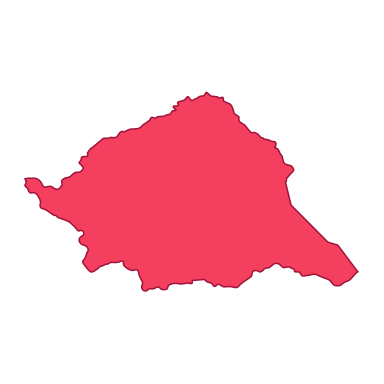 San Francisco, Lempira, Honduras (Robinson projection), rotated 91°
{"feature_id": "27666195B39491664088355", "entity_name": "San Francisco", "entity_type": "district", "adm_level": 2, "iso_a3": "HND", "parent_name": "Honduras", "parent_adm1": "Lempira", "projection": "robinson", "projection_center": [-88.368, 14.131], "detail": "fine", "context": "isolated", "style": "filled", "palette": "rose", "viewbox_px": 384, "rotation_deg": 91, "n_neighbors": 0, "source": "geoboundaries", "source_scale": "gbopen_adm2", "svg_char_len": 6088}
<svg xmlns="http://www.w3.org/2000/svg" viewBox="0 0 384 384"><g transform="rotate(91 192 192)"><path d="M190.6,357.1L191.8,356.3L194.1,355.3L195.3,354.3L195.6,353.6L195.8,352.8L195.4,350.6L195.7,349.1L196.4,347.9L198.1,346.3L200.7,344.7L203.1,343.6L205.4,343.3L207.9,343.7L208.7,343.7L209.7,343.3L210.6,342.6L211.3,341.1L211.8,339.1L212.3,337.9L217.7,329.7L217.8,329.3L217.8,328.2L218.1,327.4L218.5,326.8L219.5,326.1L220.0,325.4L221.8,319.7L223.3,315.7L224.1,314.2L224.6,313.4L228.3,309.2L231.6,306.4L232.7,305.2L232.9,304.6L232.9,304.0L232.4,302.9L232.3,302.1L232.7,300.9L233.5,300.1L234.1,299.7L234.9,299.5L235.6,299.4L236.4,299.7L237.5,300.4L238.6,302.3L239.7,303.3L241.2,304.0L242.8,304.0L244.4,303.3L245.6,302.2L246.6,300.7L247.3,298.3L247.9,297.1L248.9,295.9L250.4,295.0L251.5,294.8L252.6,294.8L254.4,296.0L256.8,296.6L259.4,297.6L261.1,298.5L262.8,299.9L263.8,300.1L264.8,299.8L267.4,297.8L270.2,295.6L273.0,292.9L273.5,292.2L273.7,291.4L273.7,290.6L273.4,289.8L272.5,287.9L271.1,285.8L270.2,284.7L268.5,283.3L268.1,282.7L267.5,280.3L266.0,277.5L265.3,274.5L263.9,272.2L263.7,270.9L263.9,268.2L263.8,265.9L263.4,264.1L262.4,261.8L262.3,261.0L262.4,260.2L262.7,259.6L263.2,259.3L265.1,259.4L266.5,258.9L268.2,257.3L269.7,255.2L270.9,252.8L271.4,251.1L271.5,250.1L271.4,249.1L270.7,247.2L270.6,246.6L270.8,245.6L271.4,244.9L273.0,244.1L275.5,243.5L277.3,242.9L282.0,240.4L283.3,239.9L284.9,239.9L286.5,240.5L287.4,240.7L289.0,240.5L290.0,240.0L290.8,239.3L291.4,238.5L291.7,237.6L291.8,236.6L291.5,235.6L291.1,234.9L290.0,233.8L289.6,232.9L289.4,232.0L289.6,230.0L289.5,228.9L289.1,227.9L288.1,226.2L287.7,224.8L287.7,223.9L288.0,223.0L288.5,222.4L289.5,221.4L290.0,220.2L290.2,218.7L290.0,216.9L289.7,215.9L289.0,215.0L288.3,214.7L286.8,214.4L285.8,213.7L284.8,212.0L284.0,210.0L283.7,208.4L283.6,206.6L283.7,205.1L284.1,202.6L284.1,200.8L283.2,194.9L283.2,194.0L283.6,192.3L283.6,191.2L283.4,190.6L282.9,190.2L282.3,190.1L281.2,190.2L280.7,190.0L280.4,189.5L279.3,178.6L279.3,178.1L279.6,177.5L280.8,176.4L281.6,175.2L282.0,174.1L282.5,171.9L283.0,170.8L283.7,170.1L285.2,169.1L285.6,168.6L285.9,167.9L285.9,167.4L285.8,166.8L285.5,166.4L284.3,165.5L284.0,164.8L283.9,164.1L284.1,163.1L284.3,162.3L285.7,160.2L286.2,158.8L286.2,157.7L285.9,152.2L286.2,150.0L286.8,147.3L286.7,145.8L286.4,144.9L285.9,144.1L283.3,141.8L281.7,139.9L280.0,137.6L277.5,133.9L275.8,131.8L275.1,131.2L274.1,130.7L272.2,130.5L271.3,130.2L270.5,129.7L269.8,128.9L269.4,127.8L269.4,126.4L269.8,124.7L270.4,124.0L270.7,123.2L270.7,122.7L270.6,122.1L270.2,121.1L269.6,120.2L269.0,119.5L267.9,118.7L267.5,118.2L266.6,115.9L266.4,114.1L266.2,113.5L265.0,111.8L262.8,109.3L262.2,108.2L261.9,107.2L262.0,105.5L262.4,103.8L265.4,100.3L266.0,99.2L266.0,98.5L265.3,95.2L265.2,94.2L265.6,92.7L266.6,91.0L267.0,89.4L267.4,88.8L268.3,88.2L268.8,88.1L269.5,88.2L269.8,88.0L270.1,86.9L270.0,84.7L270.3,83.3L270.8,82.7L273.6,80.9L273.9,80.4L274.0,79.0L273.2,73.4L272.4,70.6L272.0,68.1L272.2,66.9L275.6,58.5L276.7,55.2L277.6,53.2L278.0,52.7L282.0,49.1L283.0,47.5L283.3,45.8L283.2,43.9L282.6,41.9L279.1,37.2L278.5,35.1L277.3,33.0L276.5,32.0L270.1,26.5L269.2,25.5L268.9,24.8L242.6,45.3L239.8,55.2L203.4,92.7L180.6,98.7L179.7,97.9L178.0,97.9L176.7,97.4L174.5,95.8L169.3,91.1L168.4,90.7L167.5,90.8L165.8,91.7L164.4,93.0L163.9,94.0L162.5,99.1L162.1,99.9L161.7,100.3L159.5,101.3L154.4,102.6L151.6,104.9L150.3,105.2L149.5,105.6L148.5,106.7L148.2,106.9L147.7,106.8L147.3,107.2L146.1,110.1L144.5,109.2L143.0,108.9L142.0,108.9L140.6,109.6L140.4,110.0L140.2,110.7L140.0,112.7L139.8,113.8L138.3,117.2L138.1,118.4L138.2,119.5L138.1,120.2L137.7,120.9L136.7,122.2L136.2,124.0L135.9,124.6L133.7,126.4L132.9,127.4L132.3,128.4L131.4,130.6L131.6,133.6L131.3,134.3L128.2,137.1L124.4,140.2L123.4,141.7L121.6,144.7L120.8,145.6L120.2,146.0L119.4,146.3L118.4,146.4L116.9,146.3L116.0,146.5L115.7,146.7L113.6,150.0L112.6,151.2L111.6,151.6L110.1,151.9L107.8,152.7L105.9,153.5L104.9,154.2L103.8,155.0L103.3,155.7L101.1,160.9L100.7,161.6L99.7,162.2L97.8,162.3L96.9,162.8L96.7,163.3L97.4,165.5L97.5,166.5L96.3,168.7L95.9,174.0L95.4,175.1L92.7,178.3L92.2,179.3L92.2,179.6L92.5,179.9L94.6,181.0L95.6,182.0L96.1,184.7L96.1,185.3L96.2,185.7L97.0,187.1L98.1,188.5L99.3,191.5L100.1,192.2L100.5,193.0L100.5,193.7L100.2,194.4L99.2,195.4L97.0,197.2L96.7,197.7L96.9,198.2L97.3,198.7L99.5,200.5L100.2,201.2L100.9,203.0L101.8,206.3L102.4,207.6L102.9,207.9L103.3,208.0L104.3,207.4L105.2,207.2L105.6,207.4L106.0,207.7L106.3,208.9L106.3,211.4L106.6,212.0L107.2,212.2L108.2,211.8L109.4,210.5L109.8,209.7L110.2,209.5L110.6,209.8L110.9,210.5L111.1,211.3L111.1,212.3L111.4,213.1L112.0,213.6L114.3,214.9L114.7,215.7L115.6,219.4L116.4,220.7L116.8,221.5L116.9,222.8L117.0,225.4L117.3,227.4L117.9,228.7L118.8,229.6L119.0,230.1L118.9,230.7L118.4,231.6L118.1,232.4L118.1,233.1L118.2,233.7L118.6,234.2L119.2,234.7L120.7,235.5L121.3,236.0L123.8,239.3L125.5,241.9L128.0,244.3L128.9,245.5L129.3,246.7L129.7,248.2L130.2,254.2L130.5,255.5L131.0,256.9L132.1,258.8L132.4,259.9L133.1,260.6L133.2,261.0L133.1,261.9L132.6,262.7L132.8,263.7L133.9,265.2L138.0,268.0L138.4,268.4L138.7,269.3L139.1,270.9L138.8,274.2L139.9,277.5L139.7,278.8L139.7,280.3L139.8,281.1L140.1,281.8L141.4,283.2L143.6,285.9L147.8,290.6L150.4,294.1L154.7,297.2L155.7,297.1L157.1,296.7L157.4,296.8L157.8,297.0L158.1,297.4L158.2,298.1L158.6,302.0L158.9,302.5L159.4,303.0L160.1,303.3L161.2,303.3L161.9,303.6L162.9,304.1L163.9,305.0L164.8,305.4L165.2,305.2L167.7,302.4L169.1,301.4L169.8,301.2L170.6,301.3L171.3,301.6L172.1,302.2L173.3,303.4L174.1,304.7L174.3,306.4L174.3,308.3L174.5,309.1L175.8,311.1L178.2,313.5L179.0,314.6L179.7,316.6L180.2,319.2L181.5,321.1L182.5,322.1L183.1,322.5L186.2,322.1L187.0,322.1L187.6,322.3L190.4,324.3L191.3,325.4L191.5,326.1L191.6,326.9L191.3,328.7L190.2,330.9L189.1,332.3L188.8,333.3L188.8,334.5L189.7,339.0L189.6,340.0L189.1,340.7L185.3,342.9L183.3,344.5L182.2,346.1L181.4,347.6L181.0,348.9L180.9,350.2L181.1,352.9L181.1,356.3L181.7,359.2L183.7,358.3L185.5,358.0L186.6,358.2L187.8,359.1L188.4,359.1L189.1,358.8L190.6,357.1Z" fill="#f43f5e" stroke="#9f1239" stroke-width="1.5"/></g></svg>